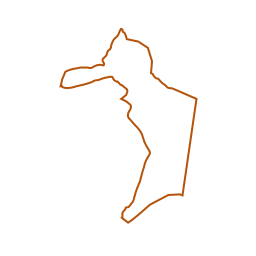 Boguis/Desa Blond, Dauphin, Saint Lucia, rotated 216°
{"feature_id": "8701671B42677537488502", "entity_name": "Boguis/Desa Blond", "entity_type": "district", "adm_level": 2, "iso_a3": "LCA", "parent_name": "Saint Lucia", "parent_adm1": "Dauphin", "projection": "robinson", "projection_center": [-60.924, 14.012], "detail": "fine", "context": "isolated", "style": "outline", "palette": "amber", "viewbox_px": 256, "rotation_deg": 216, "n_neighbors": 0, "source": "geoboundaries", "source_scale": "gbopen_adm2", "svg_char_len": 5674}
<svg xmlns="http://www.w3.org/2000/svg" viewBox="0 0 256 256"><g transform="rotate(216 128 128)"><path d="M80.0,51.7L72.3,51.5L70.6,56.2L68.3,65.0L65.2,78.8L56.0,97.5L47.0,104.8L44.3,105.5L89.7,191.8L115.4,186.1L118.8,184.2L119.0,184.1L119.6,184.1L119.8,184.1L120.3,184.1L120.9,184.2L121.1,184.2L121.5,184.3L121.9,184.4L122.3,184.4L122.7,184.5L123.3,184.5L124.4,184.5L124.8,184.5L125.2,184.5L125.8,184.4L126.4,184.4L126.7,184.5L127.1,184.5L127.9,184.7L128.1,184.7L128.5,184.7L128.7,184.8L129.1,184.8L129.4,184.9L130.1,185.0L130.5,185.2L130.9,185.3L131.3,185.3L131.6,185.4L131.8,185.5L132.0,185.5L132.4,185.5L132.6,185.4L132.8,185.4L133.2,185.2L133.9,185.0L134.4,184.9L134.7,184.8L134.9,184.8L135.1,184.8L135.5,184.8L135.9,184.8L136.1,184.9L136.5,184.9L136.7,185.0L137.5,185.2L137.8,185.3L138.0,185.4L138.6,185.6L138.8,185.8L139.2,185.9L139.4,186.0L139.5,186.1L139.9,186.1L140.2,186.1L140.4,186.1L140.6,186.1L140.8,186.1L141.1,186.0L141.4,185.9L141.6,185.9L145.8,192.8L147.9,196.2L159.0,204.5L170.5,204.0L181.2,199.2L184.4,201.7L184.8,201.8L185.0,201.9L185.5,202.2L185.7,202.3L186.1,202.6L186.3,202.7L186.5,202.7L186.7,202.8L186.9,202.9L187.1,202.9L187.4,202.9L187.6,202.9L188.0,202.8L188.3,202.8L188.5,202.8L188.8,202.9L189.0,203.0L189.3,203.3L189.5,203.5L189.7,203.8L189.9,203.9L190.0,204.1L190.4,204.2L190.6,204.3L190.8,204.3L191.4,204.3L191.6,204.2L191.9,204.0L191.8,202.5L191.1,199.4L190.7,197.7L190.6,196.2L190.9,194.7L191.3,192.9L191.5,191.1L191.2,188.8L190.6,186.4L190.2,185.1L189.4,183.6L188.9,182.2L188.8,181.2L189.0,180.6L189.2,179.9L189.4,179.2L189.5,178.1L189.1,176.7L188.6,175.3L188.2,174.1L188.4,172.4L188.6,171.2L188.8,170.0L189.0,169.0L188.7,168.3L188.1,167.5L187.5,167.1L186.5,166.7L185.9,166.4L185.3,166.0L185.2,165.8L185.0,165.5L184.6,165.0L184.5,164.8L184.6,164.5L184.7,164.2L185.4,163.8L186.7,163.4L188.4,162.2L189.9,160.7L191.3,158.5L192.3,156.3L193.1,154.8L194.8,153.8L196.7,152.8L199.2,151.0L200.4,150.1L202.0,149.0L204.5,146.2L206.7,144.0L208.7,141.6L210.4,139.1L211.5,137.2L211.7,136.1L211.5,135.8L209.9,128.8L207.1,122.3L206.4,123.2L205.4,122.5L204.8,122.6L202.9,123.3L202.6,123.5L201.9,123.8L201.3,124.2L200.1,125.1L199.6,125.5L198.8,126.2L197.4,127.5L196.3,128.8L195.7,129.5L195.4,130.0L195.1,130.4L194.0,131.7L193.5,132.3L193.1,132.7L192.3,133.7L191.8,134.4L190.8,135.4L190.4,135.9L190.3,136.0L190.2,136.1L189.2,137.3L188.0,138.8L187.4,139.5L186.8,140.4L186.6,140.7L185.8,141.6L184.7,143.3L184.5,143.6L183.9,144.7L183.3,145.9L182.9,146.7L182.8,146.9L182.4,147.3L181.7,147.9L181.6,148.0L179.9,149.8L179.6,150.2L179.3,150.6L178.9,151.2L178.4,152.0L177.8,153.0L177.3,153.6L176.9,154.1L176.0,155.2L173.9,157.5L173.7,157.8L173.1,158.5L172.1,159.3L171.4,159.7L171.0,160.0L170.0,159.8L168.7,159.1L168.3,158.9L166.9,158.6L164.9,158.7L164.7,158.8L163.9,159.2L163.8,159.4L159.4,158.6L157.7,159.1L155.2,158.9L151.4,158.6L150.0,157.3L148.9,153.7L150.6,147.5L149.6,147.7L149.0,147.8L148.4,148.0L148.2,148.0L147.9,148.1L147.7,148.1L146.7,148.2L146.0,148.3L145.9,148.3L145.3,148.4L145.1,148.5L144.7,148.5L144.0,148.5L143.8,148.4L143.7,148.4L143.3,148.4L142.9,148.4L142.6,148.4L142.4,148.4L142.1,148.3L140.9,148.3L140.7,148.3L140.2,148.2L139.8,148.1L139.4,148.0L139.3,147.9L139.1,147.9L139.0,147.7L138.5,147.4L138.4,147.3L138.3,147.1L138.2,147.0L137.9,146.7L137.8,146.3L137.7,146.2L137.5,145.8L137.5,145.6L137.4,145.5L137.3,145.0L137.2,144.8L137.1,144.4L137.0,143.8L137.0,143.7L137.0,143.3L137.0,142.7L136.9,142.5L136.9,142.3L136.9,142.1L136.8,141.4L136.8,141.2L136.7,140.8L136.5,140.1L136.4,139.9L136.2,139.4L136.1,139.2L136.0,138.9L135.9,138.7L135.7,138.4L135.3,138.0L134.7,137.3L134.3,137.0L134.2,136.9L133.3,136.6L133.2,136.5L133.0,136.4L132.7,136.4L132.3,136.3L132.1,136.2L131.9,136.2L131.7,136.2L131.4,136.1L130.8,136.0L130.5,135.9L130.3,135.9L129.6,135.7L129.2,135.6L128.4,135.5L128.0,135.4L127.6,135.3L127.4,135.3L127.1,135.2L126.9,135.1L126.6,135.0L126.2,134.9L125.7,134.8L125.2,134.7L124.8,134.6L124.5,134.6L124.3,134.5L123.3,134.3L122.7,134.2L122.3,134.2L121.5,134.0L120.9,133.9L120.5,133.8L120.1,133.7L119.6,133.6L119.2,133.5L118.8,133.4L118.6,133.3L118.2,133.2L117.7,133.0L117.1,132.9L116.7,132.7L116.4,132.6L116.2,132.5L116.0,132.4L115.8,132.4L115.4,132.2L114.8,132.0L114.6,131.9L114.3,131.7L114.0,131.6L113.8,131.5L113.5,131.4L113.3,131.2L112.8,130.9L112.3,130.6L111.6,130.1L111.3,129.8L111.2,129.7L110.8,129.5L110.5,129.2L110.3,129.1L110.1,129.0L109.8,128.8L109.7,128.7L109.4,128.4L109.2,128.3L108.9,128.1L108.6,127.9L108.2,127.6L108.0,127.4L107.8,127.2L107.6,127.1L107.4,126.9L107.2,126.8L107.0,126.7L106.8,126.6L106.6,126.5L106.4,126.4L106.0,126.1L104.3,125.2L103.9,125.0L103.3,124.7L103.1,124.6L102.9,124.5L102.7,124.4L102.3,124.2L102.1,124.1L101.5,123.9L101.4,123.8L101.2,123.7L100.9,123.6L100.6,123.4L100.4,123.4L100.2,123.3L99.5,123.1L99.3,123.0L98.2,122.5L97.8,122.3L97.6,122.2L97.4,122.0L97.2,122.0L97.0,121.9L96.8,121.8L96.7,121.7L96.2,121.3L96.0,121.1L95.9,121.0L95.7,120.8L95.6,120.6L95.4,120.3L95.2,119.9L95.2,119.7L95.1,119.4L95.1,119.2L95.0,118.8L95.0,118.5L95.0,118.3L95.0,118.1L94.9,117.2L94.8,116.3L94.6,114.4L94.3,112.4L93.9,110.5L93.3,108.8L92.8,107.4L92.1,105.8L91.6,104.3L91.0,102.3L90.2,100.2L89.5,98.2L88.8,96.6L88.5,95.6L87.4,93.0L87.1,92.4L87.0,91.9L86.5,90.2L86.4,89.4L86.1,88.4L85.9,87.5L85.8,86.7L85.4,85.5L85.2,84.8L84.9,83.5L84.7,82.9L84.6,82.5L84.0,80.6L83.6,79.4L83.2,78.5L82.4,76.1L82.1,75.5L81.7,74.4L81.1,73.0L80.9,71.8L80.8,71.0L80.8,69.8L80.9,68.2L80.9,67.0L80.9,65.9L81.0,65.0L81.1,64.4L82.9,62.5L82.8,61.8L82.7,61.8L82.5,60.8L82.5,60.3L82.6,59.3L82.7,57.9L82.7,56.9L82.5,56.1L82.1,55.3L81.6,54.7L80.7,53.2L80.3,52.5L80.1,51.9L79.9,51.9L80.0,51.7Z" fill="none" stroke="#b45309" stroke-width="2"/></g></svg>